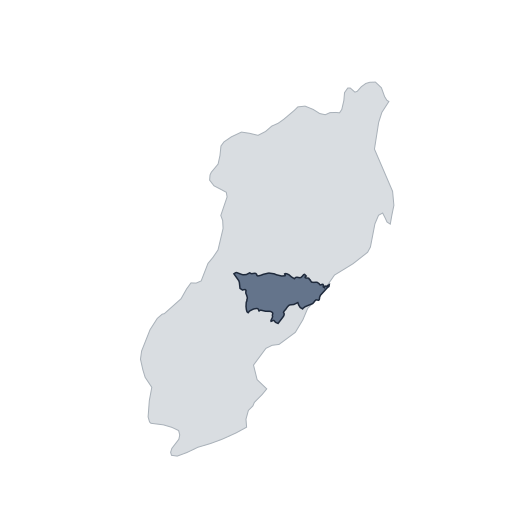 where Tiranë sits in Albania, rotated 216°
{"feature_id": "ALB-1529", "entity_name": "Tiranë", "entity_type": "County", "adm_level": 1, "iso_a3": "ALB", "parent_name": "Albania", "parent_adm1": "", "projection": "albers", "projection_center": [19.744, 41.26], "detail": "fine", "context": "in_parent", "style": "filled", "palette": "slate", "viewbox_px": 512, "rotation_deg": 216, "n_neighbors": 0, "source": "natural_earth", "source_scale": "10m", "svg_char_len": 3801}
<svg xmlns="http://www.w3.org/2000/svg" viewBox="0 0 512 512"><g transform="rotate(216 256 256)"><path d="M169.2,154.8L169.6,147.7L171.3,136.6L170.4,132.9L171.4,126.6L168.2,118.1L163.0,112.0L168.1,101.2L175.5,88.2L182.4,77.8L190.6,67.1L196.2,56.7L202.1,47.8L207.2,45.1L209.7,47.0L211.0,50.9L210.7,62.4L212.5,66.4L216.0,69.3L223.4,67.9L231.6,65.0L242.7,58.9L244.6,59.2L248.7,62.4L257.3,76.3L263.1,88.5L274.4,92.7L280.6,97.4L288.8,104.6L292.7,111.9L298.4,134.1L299.2,147.6L297.7,153.8L296.3,155.4L291.5,177.4L292.8,188.6L292.8,196.0L288.5,198.9L285.7,203.6L290.5,221.8L290.0,229.6L290.3,238.6L298.8,258.9L303.8,265.1L308.3,268.1L314.1,286.8L317.5,290.1L331.3,288.1L338.1,290.1L340.8,294.5L341.4,297.5L340.7,308.1L344.2,316.1L349.0,324.4L349.0,329.5L346.0,337.9L340.6,347.7L333.3,351.5L325.3,354.8L321.5,362.3L319.6,370.4L316.1,376.4L313.9,382.9L310.6,396.3L309.8,401.2L304.4,406.1L295.8,408.2L288.2,408.7L283.0,411.0L280.4,415.5L275.6,419.2L272.6,420.9L272.7,424.9L276.3,433.4L280.4,440.2L280.5,445.8L278.5,447.3L272.3,446.7L270.9,448.7L270.3,454.9L268.6,460.1L266.1,463.4L261.6,466.9L253.4,465.8L245.6,460.5L241.6,458.9L239.3,459.1L238.6,446.2L235.3,436.2L223.0,412.1L183.5,388.6L174.2,378.0L170.2,369.1L166.1,360.7L170.0,360.5L173.9,362.7L178.8,365.2L180.8,361.0L178.7,351.9L168.7,330.5L167.9,324.6L173.0,306.7L181.3,286.7L180.8,262.3L183.4,244.0L180.6,232.0L179.3,217.4L185.4,198.0L190.5,193.2L193.7,187.1L193.9,166.3L182.4,156.6L169.2,154.8Z" fill="#d9dde1" stroke="#a8b0b8" stroke-width="1"/><path d="M179.9,275.9L179.1,274.3L179.2,273.6L179.6,272.9L180.8,262.2L180.3,260.0L179.7,259.0L179.2,257.9L179.3,257.0L181.6,255.9L182.0,254.3L182.0,252.4L182.2,250.8L186.5,243.8L187.3,241.1L187.2,240.6L189.9,240.3L192.8,241.5L194.8,242.9L196.9,239.0L199.6,236.6L200.3,235.6L200.6,234.0L200.7,232.4L200.6,230.6L200.8,228.2L200.8,227.2L200.6,226.5L199.5,226.0L199.0,225.5L198.4,224.1L198.3,222.4L198.5,214.4L201.3,213.8L203.4,214.4L204.1,214.1L204.6,213.4L204.9,212.7L205.4,212.0L205.8,212.3L206.1,213.1L206.5,215.5L206.7,216.1L207.0,216.8L207.5,217.2L207.8,217.5L208.1,217.9L208.3,218.7L208.8,219.5L209.4,219.9L210.7,219.9L211.6,219.7L212.7,219.1L215.8,216.9L220.1,215.1L220.6,214.8L220.9,214.2L221.0,213.7L221.2,213.3L221.7,213.5L222.7,214.3L223.5,214.4L224.4,214.1L226.3,212.3L227.1,211.2L228.5,208.5L228.8,207.8L228.9,207.0L229.0,205.5L230.2,205.5L231.1,206.0L232.4,207.1L234.4,209.3L236.6,212.7L236.9,213.6L237.0,214.2L237.2,214.6L237.8,215.5L237.9,216.0L238.1,216.5L238.4,217.1L240.4,218.7L242.2,219.8L242.9,220.6L243.8,222.2L244.5,222.5L245.2,222.4L246.3,221.3L246.9,220.5L249.9,220.4L253.9,224.8L255.4,225.9L263.4,228.6L262.8,230.2L262.5,230.7L262.0,231.2L256.3,232.8L255.3,233.3L252.9,235.3L251.2,238.7L249.5,238.9L248.8,239.4L247.1,241.1L246.5,241.5L245.8,241.7L244.9,241.6L244.2,241.2L243.8,240.8L243.1,240.8L242.3,241.4L240.7,243.3L239.4,245.4L236.2,249.1L235.5,249.8L230.8,252.3L228.5,252.8L223.4,254.9L220.9,257.1L221.0,257.5L221.3,257.9L221.9,258.1L222.3,258.3L222.2,258.6L221.7,259.2L220.4,259.8L218.3,260.2L215.0,259.9L211.6,260.2L211.4,261.7L211.0,262.3L210.4,262.9L207.9,264.1L207.0,265.0L206.7,266.5L206.6,267.5L206.5,268.8L206.2,269.4L205.9,269.7L203.6,269.3L203.9,268.3L203.9,268.0L203.8,267.7L203.7,267.5L203.5,267.4L203.2,267.4L202.6,267.6L200.8,268.8L200.2,269.0L199.7,268.9L199.5,268.6L199.2,268.5L198.1,268.5L198.0,268.3L197.9,268.2L197.7,268.1L196.9,268.0L196.1,267.6L195.8,267.5L195.0,267.9L193.9,268.5L192.1,270.0L191.2,270.6L190.2,270.7L188.5,270.7L188.1,270.5L187.6,270.3L187.1,270.4L186.6,270.7L186.0,271.7L185.6,272.2L185.1,272.4L184.5,272.1L183.7,270.9L183.3,270.5L182.9,270.5L182.4,270.6L182.1,270.6L182.5,271.4L182.6,271.8L182.5,272.3L181.9,272.5L181.6,272.5L181.3,272.7L181.1,273.0L179.9,275.9L179.9,275.9Z" fill="#64748b" stroke="#1e293b" stroke-width="1.5"/></g></svg>